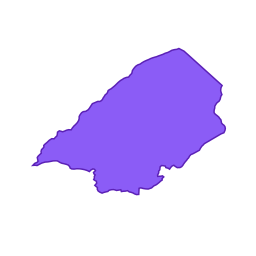 Dom Basílio, Bahia, Brazil, rotated 258°
{"feature_id": "56859067B28125703872164", "entity_name": "Dom Basílio", "entity_type": "district", "adm_level": 2, "iso_a3": "BRA", "parent_name": "Brazil", "parent_adm1": "Bahia", "projection": "equal_earth", "projection_center": [-41.73, -13.831], "detail": "fine", "context": "isolated", "style": "filled", "palette": "violet", "viewbox_px": 256, "rotation_deg": 258, "n_neighbors": 0, "source": "geoboundaries", "source_scale": "gbopen_adm2", "svg_char_len": 2973}
<svg xmlns="http://www.w3.org/2000/svg" viewBox="0 0 256 256"><g transform="rotate(258 128 128)"><path d="M195.2,194.3L194.8,192.3L195.0,189.8L194.9,187.1L194.1,184.5L193.6,182.5L193.4,179.9L192.8,177.5L192.5,175.3L192.2,173.0L191.8,170.6L191.7,168.7L191.5,166.5L191.2,164.5L190.7,162.6L190.3,160.3L189.7,157.6L188.9,155.2L188.0,153.2L187.7,150.7L186.9,148.6L185.8,147.0L184.5,145.5L183.2,144.2L181.7,143.6L180.5,142.9L179.3,141.0L177.7,139.2L177.8,136.9L177.4,134.3L176.7,132.6L176.0,130.5L174.7,128.0L173.3,125.8L172.4,124.4L171.5,122.8L170.7,121.2L169.9,119.7L169.4,117.9L168.8,116.4L167.1,115.4L166.0,114.3L165.2,112.6L163.8,111.3L162.6,110.0L161.3,109.0L160.3,107.6L159.8,105.9L160.3,104.0L159.7,100.9L159.2,98.2L157.7,96.7L156.3,95.3L155.2,94.2L154.1,92.8L153.1,90.2L153.3,87.6L152.6,85.8L151.5,84.5L150.3,83.3L149.1,82.5L147.7,82.3L145.8,81.4L143.9,79.7L142.2,77.3L141.3,75.7L139.7,73.7L138.0,72.0L138.7,69.5L138.6,67.2L138.2,65.5L137.9,63.3L138.8,61.7L139.5,60.2L138.6,58.2L136.7,57.6L135.1,56.9L133.9,54.9L132.8,53.5L133.4,51.2L132.4,48.5L130.6,45.6L129.5,43.5L128.5,42.0L126.9,41.8L125.8,40.5L124.9,39.0L123.2,38.1L121.4,37.9L120.0,35.6L119.1,34.2L118.0,33.1L116.2,33.1L114.1,33.1L113.3,31.9L112.8,29.4L111.2,27.1L110.9,29.3L110.2,31.3L110.9,33.7L111.6,36.3L111.9,39.7L111.5,42.7L111.4,45.7L111.4,47.8L111.0,50.2L110.5,52.1L109.4,53.3L108.2,54.6L107.2,56.1L106.4,57.9L105.3,60.1L104.2,61.8L102.4,62.9L100.8,63.1L99.6,64.5L99.0,66.9L98.8,69.5L98.1,72.3L97.3,74.5L96.2,77.0L94.8,79.4L93.4,81.2L94.6,82.9L95.3,85.2L94.5,86.7L93.0,87.3L91.7,85.0L90.1,85.2L88.9,86.1L87.5,84.9L86.0,84.7L84.7,83.7L83.5,84.8L82.5,86.0L80.5,85.9L78.8,83.6L77.3,84.7L76.1,85.7L74.4,85.2L72.6,85.7L71.1,87.1L69.7,89.1L70.0,91.0L70.1,93.0L70.1,95.1L71.0,96.5L71.1,98.8L70.8,101.0L70.1,102.5L69.3,103.8L69.2,105.7L69.1,108.1L67.2,108.3L67.1,110.4L66.8,112.2L66.8,114.5L65.2,116.0L64.5,117.6L63.4,119.4L62.2,120.7L61.1,122.5L60.8,124.7L66.7,126.3L66.8,128.1L65.7,130.2L64.8,132.6L64.1,135.1L64.5,138.6L66.0,141.2L66.7,144.1L67.5,145.7L68.3,147.3L69.2,148.7L70.0,150.6L71.5,150.9L72.7,152.8L74.0,151.8L74.1,149.5L74.5,147.0L75.9,147.2L77.7,148.7L79.3,149.0L80.5,150.4L82.1,150.9L83.4,151.4L84.3,153.0L83.7,155.0L82.9,156.6L81.4,156.8L80.3,158.9L79.1,160.1L80.5,161.5L81.7,163.3L82.0,165.1L80.5,166.3L79.0,167.9L78.5,170.7L79.0,172.4L80.1,173.9L81.3,175.0L82.8,176.7L84.3,178.7L85.3,179.7L86.2,181.1L87.8,182.4L89.0,184.1L89.2,185.7L90.1,188.9L90.8,191.2L91.4,193.2L93.4,194.9L94.9,196.5L95.8,198.1L96.8,199.4L102.9,217.8L103.4,220.8L105.4,222.3L107.3,223.1L109.3,223.1L110.8,222.4L112.0,221.3L113.5,220.5L115.3,220.6L117.0,220.5L118.2,219.7L119.8,219.1L121.4,217.9L123.4,216.2L125.0,215.4L126.6,215.7L128.0,216.2L129.5,217.0L131.2,217.4L133.1,219.1L134.1,220.2L135.4,222.8L137.1,224.2L138.9,225.0L140.1,225.7L141.1,226.8L143.1,226.5L145.1,226.4L146.6,226.8L148.2,227.4L150.0,228.9L187.8,201.5L189.0,200.6L191.5,198.8L195.2,194.3Z" fill="#8b5cf6" stroke="#5b21b6" stroke-width="1.5"/></g></svg>